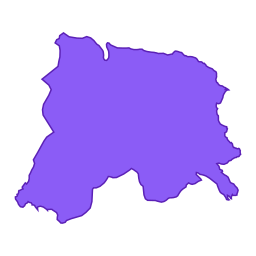 outline of Garnic, Caras-Severin, Romania
{"feature_id": "2599482B142541919189", "entity_name": "Garnic", "entity_type": "district", "adm_level": 2, "iso_a3": "ROU", "parent_name": "Romania", "parent_adm1": "Caras-Severin", "projection": "equal_earth", "projection_center": [21.779, 44.757], "detail": "fine", "context": "isolated", "style": "filled", "palette": "violet", "viewbox_px": 256, "rotation_deg": 0, "n_neighbors": 0, "source": "geoboundaries", "source_scale": "gbopen_adm2", "svg_char_len": 5347}
<svg xmlns="http://www.w3.org/2000/svg" viewBox="0 0 256 256"><path d="M228.7,89.9L228.4,89.6L227.0,88.7L225.6,89.1L225.8,88.8L226.0,88.4L225.9,87.9L225.0,87.5L224.4,87.4L222.4,86.0L221.5,85.8L220.7,85.7L220.0,85.5L219.4,85.2L218.4,84.2L217.8,83.3L217.6,82.8L216.8,82.5L216.3,81.4L215.8,79.4L216.6,76.8L216.5,75.7L216.5,74.9L216.5,73.2L216.1,72.1L215.8,71.6L214.2,70.8L213.0,69.6L212.2,68.8L210.1,68.0L209.2,67.7L207.9,67.0L206.2,65.9L205.9,65.0L205.0,64.1L204.3,63.3L203.5,63.5L202.6,62.8L202.2,62.3L201.2,61.8L199.7,61.8L198.7,61.6L197.7,60.4L197.4,59.7L196.7,58.8L196.2,58.4L195.6,57.9L194.3,57.5L192.6,56.9L190.8,56.6L189.6,56.6L188.0,56.7L187.0,56.4L185.9,55.7L185.1,55.7L184.5,55.6L183.0,54.1L181.7,52.6L181.0,52.4L180.0,52.3L178.2,51.6L176.6,51.2L175.2,51.1L174.2,51.9L173.1,53.0L172.4,54.1L171.6,54.1L167.6,55.0L164.9,53.9L163.3,53.3L161.9,53.4L160.2,53.4L158.4,53.5L156.0,52.8L155.3,52.7L154.1,52.4L152.7,52.3L151.4,52.2L150.1,52.0L148.8,51.8L147.5,51.6L146.2,51.3L145.6,51.1L145.0,50.9L143.7,50.5L142.1,49.2L139.8,49.2L138.2,49.5L136.7,49.6L135.7,49.6L134.3,49.6L133.4,49.5L132.6,49.3L131.6,49.1L130.7,48.8L129.9,48.4L129.0,47.9L126.1,48.1L123.2,48.1L120.2,48.0L117.3,47.9L111.2,45.2L110.6,44.8L110.0,44.3L109.5,43.7L109.0,43.1L107.5,42.8L106.5,44.2L106.7,46.9L108.5,50.8L108.6,51.2L108.8,52.8L108.9,54.4L108.9,56.0L108.7,57.7L108.3,58.4L107.8,59.1L107.2,59.8L106.6,60.4L104.8,60.2L103.8,58.9L103.4,57.3L103.5,56.5L103.6,55.7L103.6,54.8L103.5,54.0L103.4,53.0L103.3,52.3L103.2,51.7L102.9,50.9L102.5,50.2L99.0,45.6L96.7,44.1L93.8,40.5L90.7,37.9L86.7,36.6L82.4,38.3L77.0,38.1L69.1,36.8L63.5,32.9L59.7,35.6L59.2,38.5L56.7,39.7L55.1,42.9L59.3,45.8L60.1,50.5L59.9,57.0L59.3,59.4L58.8,61.7L58.4,64.1L58.0,66.4L42.0,79.2L48.9,85.1L51.2,89.7L48.8,95.3L43.6,104.3L42.5,109.7L43.1,115.0L44.2,116.8L53.8,132.1L46.7,137.1L44.0,141.0L37.5,152.8L33.4,159.8L34.6,163.4L33.5,167.0L31.8,169.9L30.4,173.1L29.2,175.3L29.2,178.6L28.6,181.3L26.6,184.0L25.3,182.9L22.2,187.1L23.0,188.9L21.6,189.4L20.2,190.3L19.0,190.5L18.7,191.0L18.6,192.5L18.1,194.0L17.0,194.4L17.4,195.7L16.8,196.4L15.4,196.9L15.4,197.9L15.6,199.2L16.6,200.5L17.7,202.1L18.4,204.1L19.1,205.1L20.4,206.7L22.4,207.1L23.1,207.1L23.3,206.7L24.5,205.9L25.5,203.8L27.4,202.8L28.1,201.6L29.3,202.4L31.1,202.8L31.3,202.9L31.9,203.9L32.1,204.4L32.1,204.9L33.0,204.9L33.4,204.9L34.7,205.5L35.0,206.3L35.6,207.2L36.9,208.8L37.7,209.8L37.5,208.2L37.4,207.3L38.3,206.7L39.9,206.3L40.6,206.2L43.5,207.1L44.9,208.1L46.4,209.2L47.5,210.3L47.5,210.1L47.5,209.4L49.5,209.4L50.5,209.3L52.0,209.4L52.9,210.2L54.2,211.0L56.6,212.6L57.0,213.5L57.7,215.0L57.3,217.3L57.2,219.5L59.5,221.5L60.8,223.0L62.6,223.1L65.2,222.3L66.5,220.5L71.1,218.7L81.7,215.6L85.9,212.4L90.2,208.0L91.9,201.6L92.5,189.3L93.5,187.9L96.4,187.8L100.0,186.3L103.8,183.2L104.1,182.9L105.3,181.4L106.4,179.8L107.4,178.2L108.3,176.5L109.5,176.6L110.7,176.9L111.8,177.2L112.9,177.7L116.5,177.5L123.7,174.0L129.5,170.1L131.4,168.5L132.3,169.0L133.3,169.5L133.6,169.7L136.0,171.4L136.9,172.0L138.3,173.8L138.5,175.8L138.8,178.4L139.5,181.7L140.9,184.5L143.1,186.3L144.0,194.9L145.4,198.8L147.6,200.3L155.4,200.5L156.9,201.0L158.4,201.4L160.0,201.8L161.5,202.1L164.0,201.5L164.9,201.0L165.8,200.5L166.7,199.8L167.5,199.1L168.2,198.4L169.7,197.8L171.0,197.8L172.2,197.7L173.4,197.6L174.6,197.3L175.7,197.0L176.2,196.9L177.7,195.8L178.4,194.5L179.2,193.2L180.0,192.0L180.9,190.8L181.5,190.2L183.0,188.9L184.5,187.9L186.0,186.9L186.3,185.0L188.6,182.9L189.5,183.4L190.3,183.8L191.3,184.1L192.2,184.3L195.0,183.6L198.4,181.3L201.4,180.1L200.6,178.8L196.2,174.5L196.4,172.5L197.4,172.7L198.3,173.1L199.2,173.7L200.0,174.4L201.6,174.6L203.2,175.0L204.7,175.5L206.2,176.1L209.6,178.2L217.0,184.0L217.6,186.0L218.4,188.1L219.2,190.1L220.2,192.1L220.9,192.8L221.7,193.4L222.7,194.0L223.7,194.5L225.9,197.7L226.2,198.6L226.6,199.5L228.4,200.0L229.1,199.8L228.9,199.6L228.0,198.7L227.6,197.4L227.5,195.3L229.1,196.2L230.0,197.1L230.7,198.4L231.4,198.7L231.3,197.6L231.6,196.1L232.4,194.6L232.9,195.4L234.0,195.4L235.9,195.4L236.4,195.1L237.0,194.9L236.8,194.2L237.5,192.5L238.1,190.2L237.0,187.8L235.2,186.1L233.7,184.0L231.0,182.9L230.1,182.0L228.1,177.2L226.2,175.7L224.4,174.8L221.4,172.3L222.5,171.5L222.3,170.4L219.7,169.3L219.0,166.3L216.8,163.6L218.9,163.1L221.3,164.0L224.0,164.3L227.2,163.0L229.2,160.7L230.2,160.6L231.0,160.4L231.3,160.1L231.5,159.7L232.5,159.0L234.9,157.6L236.2,157.5L236.7,157.0L237.5,156.7L238.6,156.6L239.1,156.3L239.7,155.1L240.6,154.5L240.1,152.0L240.3,150.7L240.0,150.2L239.5,149.0L238.8,148.4L237.8,148.8L236.8,148.6L236.0,148.1L235.4,148.2L234.5,147.5L233.8,147.6L233.1,146.8L232.5,144.9L232.5,144.1L231.3,142.6L230.8,142.9L230.1,142.6L229.4,141.7L228.0,140.3L227.2,138.9L227.0,137.7L226.8,137.6L226.5,137.6L225.3,136.7L224.9,136.0L224.7,134.9L224.9,134.1L224.7,132.9L225.5,132.4L226.1,132.1L226.6,131.6L227.1,129.6L227.4,128.8L226.7,128.0L226.9,127.2L226.6,126.7L226.3,126.7L226.0,126.7L223.9,125.9L221.8,124.9L220.3,124.0L219.0,121.8L218.4,120.3L218.4,118.7L218.4,117.0L218.3,115.7L217.2,114.6L216.8,112.7L216.6,110.6L217.6,108.6L217.0,108.2L216.3,107.0L216.2,106.0L216.2,105.0L216.6,103.2L218.2,103.7L219.0,103.6L219.8,103.3L220.5,102.9L222.8,97.7L223.2,95.5L223.6,94.6L224.0,93.7L224.6,92.8L225.1,91.9L225.8,91.1L226.2,90.7L226.7,90.3L227.3,90.0L228.7,89.9Z" fill="#8b5cf6" stroke="#5b21b6" stroke-width="1.5"/></svg>